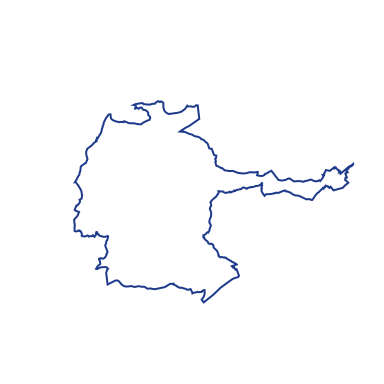 the district of Nicolás Bravo, Puebla, Mexico, rotated 220°
{"feature_id": "50627088B2780893522991", "entity_name": "Nicolás Bravo", "entity_type": "district", "adm_level": 2, "iso_a3": "MEX", "parent_name": "Mexico", "parent_adm1": "Puebla", "projection": "natural_earth1", "projection_center": [-97.351, 18.613], "detail": "fine", "context": "isolated", "style": "outline", "palette": "blue", "viewbox_px": 384, "rotation_deg": 220, "n_neighbors": 0, "source": "geoboundaries", "source_scale": "gbopen_adm2", "svg_char_len": 6043}
<svg xmlns="http://www.w3.org/2000/svg" viewBox="0 0 384 384"><g transform="rotate(220 192 192)"><path d="M113.9,254.9L111.1,255.6L107.8,257.8L99.7,259.9L98.3,261.4L97.4,261.8L96.8,262.5L95.4,262.6L94.7,263.3L95.3,268.5L95.3,271.3L94.7,273.8L94.4,278.0L93.4,279.0L94.3,279.6L93.2,280.9L93.8,281.6L93.6,283.0L91.6,283.2L91.5,283.7L89.4,283.4L89.2,285.2L84.7,284.2L79.2,292.1L79.0,295.4L78.2,299.5L81.5,299.8L82.3,299.6L83.6,301.6L82.7,302.6L86.4,304.7L85.4,307.2L87.4,307.3L87.3,312.5L86.5,314.3L86.2,315.8L86.3,316.8L86.6,317.1L87.0,314.8L88.0,312.6L90.0,301.6L90.6,302.1L91.5,301.5L91.3,303.7L91.8,302.2L93.2,302.4L93.0,303.1L95.6,302.7L97.7,303.2L98.0,301.7L98.9,302.3L100.0,296.8L103.5,294.9L102.5,290.7L102.2,290.8L101.5,289.6L102.6,289.0L101.9,288.7L101.3,287.9L100.9,286.5L100.8,282.8L102.2,282.7L102.7,281.2L103.8,279.9L105.8,278.8L108.6,278.1L109.5,277.3L110.5,275.4L112.9,272.4L113.0,271.6L116.7,269.5L120.8,265.6L126.1,265.1L126.3,264.5L127.3,263.4L128.0,261.5L130.5,258.5L133.5,256.8L144.7,259.3L144.8,258.7L145.5,257.9L147.0,253.6L147.6,253.0L147.5,251.3L148.6,249.3L150.2,248.1L152.4,246.8L153.0,246.7L154.0,249.1L154.5,249.6L155.6,248.5L156.8,246.9L157.6,246.6L160.7,244.0L162.6,241.1L165.0,238.8L167.8,237.1L168.4,236.5L174.4,234.3L176.6,232.2L181.0,229.6L184.4,229.7L185.2,229.0L187.1,228.8L190.4,227.8L193.4,230.0L193.3,230.7L195.7,232.5L195.4,233.4L196.7,235.5L198.8,234.5L204.7,237.8L205.9,236.8L206.9,236.5L210.5,238.8L211.9,239.2L214.8,239.1L216.0,239.3L217.3,239.2L218.7,238.5L220.6,238.7L222.5,238.3L226.0,236.4L228.8,236.0L231.9,234.6L235.9,233.5L240.1,230.6L239.3,233.6L238.9,233.9L238.9,234.9L238.0,237.7L236.7,240.5L233.4,252.7L243.3,262.0L243.9,261.4L244.6,261.1L245.0,258.9L246.0,257.9L248.7,256.3L250.2,254.8L251.1,255.0L250.7,251.0L251.8,246.6L253.6,243.8L259.8,236.9L262.4,236.2L264.5,236.3L265.6,236.6L268.3,238.4L271.3,241.9L273.8,241.6L274.1,241.4L274.5,240.2L276.2,240.0L277.1,237.9L277.2,235.7L278.1,235.1L279.7,233.1L280.0,232.3L283.0,229.9L284.4,229.1L285.3,228.2L286.2,228.4L287.5,228.0L291.7,223.1L292.6,221.2L291.3,222.0L290.7,222.0L289.9,221.3L289.4,219.6L289.1,219.3L288.2,221.3L286.3,221.5L286.1,223.0L285.0,224.3L282.4,223.6L280.6,224.7L278.3,225.0L276.7,224.7L275.3,223.0L272.4,222.6L271.4,221.6L271.0,219.8L272.2,217.8L274.1,213.4L274.4,211.3L276.6,209.4L277.2,209.4L277.9,208.7L280.6,207.4L280.8,207.0L282.0,206.3L284.3,204.3L289.3,202.7L289.2,200.7L289.7,201.7L292.5,198.9L295.6,197.2L298.3,196.3L300.1,196.1L301.4,196.3L304.4,199.1L305.4,198.2L305.8,196.9L305.5,196.1L305.5,193.7L304.1,188.1L303.1,186.7L302.7,184.9L301.9,183.8L301.8,182.9L300.3,180.2L299.7,178.4L299.0,173.7L298.7,172.8L299.6,172.5L299.2,171.6L298.9,171.8L298.9,170.4L298.7,169.8L297.8,169.8L298.7,166.3L298.7,163.6L300.0,157.8L298.9,154.6L296.1,151.9L294.9,151.3L293.2,150.0L291.9,145.7L292.5,145.0L293.6,140.1L290.9,136.0L290.6,134.8L289.4,132.9L289.2,130.2L288.5,127.9L288.0,124.4L287.7,124.8L284.1,124.1L279.0,122.4L276.8,121.2L275.1,119.5L274.3,119.2L272.3,115.9L273.2,113.8L271.8,113.0L271.1,110.9L271.2,107.8L271.9,107.4L270.4,102.9L269.3,102.8L265.7,104.1L264.4,100.2L264.5,95.0L261.1,91.7L260.0,90.9L259.5,89.6L256.8,86.7L255.8,87.0L254.9,87.9L254.1,89.7L253.6,90.2L253.1,90.3L253.0,89.8L251.8,90.2L249.6,89.3L248.4,87.6L247.6,87.6L245.2,89.4L244.0,91.7L242.2,91.6L241.9,92.5L240.0,94.1L240.1,95.2L237.9,95.0L238.1,97.2L239.2,99.0L239.5,99.9L238.8,100.2L237.7,99.3L237.5,98.8L236.2,99.6L234.9,99.0L230.8,100.9L229.7,101.9L228.3,104.1L227.6,104.0L226.1,100.9L225.9,98.8L224.8,97.6L224.4,95.7L223.5,94.8L218.3,91.9L217.7,90.5L217.7,89.4L217.3,89.2L217.0,88.7L216.6,86.0L216.8,84.7L217.4,83.6L219.3,82.7L219.5,81.9L220.1,81.6L220.3,81.1L219.9,80.5L218.4,80.0L216.2,78.2L216.0,77.7L216.6,74.8L216.1,71.5L215.2,71.9L213.6,75.5L210.6,78.4L209.1,79.4L207.0,79.3L206.9,77.4L205.6,74.7L197.2,66.9L193.8,74.9L192.7,76.0L191.4,76.6L190.4,76.6L186.6,75.9L183.5,76.2L181.3,77.5L177.9,81.0L175.0,82.3L172.2,85.7L169.9,86.9L167.4,88.9L164.1,89.2L161.6,91.6L159.5,92.6L157.8,93.9L151.8,101.5L149.6,107.8L147.5,109.3L147.2,109.9L146.6,109.3L146.3,109.4L143.5,110.2L143.2,110.0L140.4,110.5L140.2,110.8L139.4,111.0L138.5,112.0L134.3,113.8L132.9,114.0L131.7,115.0L131.5,115.7L130.6,116.7L127.1,115.2L126.5,114.6L125.3,116.8L124.3,117.8L123.5,119.2L122.6,119.4L120.4,121.7L120.3,122.7L120.5,122.8L120.0,124.3L119.3,124.9L117.2,122.6L116.3,120.9L115.7,119.2L115.4,115.7L112.1,115.0L109.6,127.1L108.6,137.0L105.5,149.7L104.6,152.4L102.1,156.3L102.1,158.0L108.2,161.5L108.8,160.4L111.1,161.4L111.7,160.5L113.8,160.8L111.2,165.2L111.8,165.3L115.5,164.6L116.2,164.2L117.4,164.3L122.1,163.3L123.7,163.5L124.6,162.8L125.0,162.8L125.1,162.4L127.4,161.4L128.1,160.3L130.1,159.9L130.5,160.4L131.0,160.5L131.0,160.8L134.8,163.0L139.2,163.3L140.2,163.7L140.5,164.3L142.0,165.1L142.7,164.9L143.3,165.1L144.5,164.4L144.8,163.7L145.1,163.8L146.4,163.2L148.4,164.2L149.4,164.0L151.7,164.1L152.7,164.3L153.1,164.7L153.6,164.5L154.6,164.9L154.6,165.9L155.4,166.3L154.8,166.9L154.2,171.2L153.5,171.4L153.9,173.8L154.8,175.0L155.9,178.4L158.0,179.5L158.6,179.5L159.8,180.5L159.8,180.9L160.9,182.5L161.4,184.7L163.4,187.9L165.5,189.5L167.4,190.4L168.3,192.1L168.4,193.4L168.9,194.3L170.4,195.6L171.4,196.0L171.3,200.1L170.5,204.0L170.9,206.1L170.7,206.9L171.2,208.7L172.3,209.5L171.3,210.4L169.5,211.4L168.6,212.3L167.3,212.3L165.4,213.0L164.6,214.5L163.4,215.4L163.3,216.5L161.8,216.8L161.5,217.9L160.3,219.6L160.6,220.3L159.5,220.6L159.2,222.3L158.3,223.1L157.1,225.0L156.4,225.4L156.0,227.7L155.3,228.7L153.1,229.6L152.4,229.4L152.2,229.6L151.6,231.6L150.4,232.7L150.3,233.5L148.6,234.8L147.0,237.4L146.9,237.8L145.7,238.8L144.7,240.3L144.1,242.0L144.4,244.6L144.0,243.5L143.7,243.5L143.0,242.3L142.4,242.1L142.2,240.9L141.8,240.1L140.8,239.8L140.4,239.2L140.5,238.7L139.3,237.4L136.8,236.4L134.0,235.7L133.8,237.9L130.6,240.8L128.8,242.9L128.7,243.4L127.8,244.1L127.7,244.6L126.8,245.9L126.4,245.9L124.9,247.2L124.6,248.2L121.9,253.0L120.7,252.7L119.1,253.9L118.5,253.9L116.2,254.8L113.9,254.9Z" fill="none" stroke="#1e3a8a" stroke-width="2"/></g></svg>